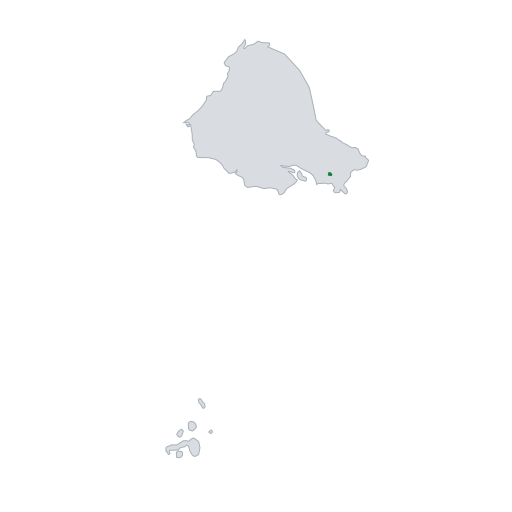 location of Balsas, El Oro, Ecuador, rotated 280°
{"feature_id": "8360857B29129198314993", "entity_name": "Balsas", "entity_type": "district", "adm_level": 2, "iso_a3": "ECU", "parent_name": "Ecuador", "parent_adm1": "El Oro", "projection": "robinson", "projection_center": [-79.838, -3.774], "detail": "fine", "context": "in_parent", "style": "filled", "palette": "green", "viewbox_px": 512, "rotation_deg": 280, "n_neighbors": 0, "source": "geoboundaries", "source_scale": "gbopen_adm2", "svg_char_len": 4464}
<svg xmlns="http://www.w3.org/2000/svg" viewBox="0 0 512 512"><g transform="rotate(280 256 256)"><path d="M467.2,207.4L465.8,208.4L462.3,208.8L459.5,207.8L458.4,207.8L458.3,208.9L461.9,211.5L463.6,216.2L466.2,219.1L467.8,220.5L467.9,221.5L467.4,223.4L467.2,224.9L468.1,232.1L467.5,232.6L465.6,232.6L464.0,231.3L459.8,249.1L446.4,266.7L431.1,279.3L413.5,286.5L400.6,291.5L398.6,293.5L392.2,302.3L391.9,303.2L392.8,304.7L392.9,305.7L391.9,306.3L391.1,306.4L390.8,305.9L390.5,304.9L389.6,303.8L388.6,303.5L388.0,303.7L388.0,304.7L386.7,309.5L386.6,311.8L386.1,312.7L386.1,314.8L384.8,316.8L383.8,320.0L382.7,321.0L381.4,326.0L379.4,330.9L379.3,332.6L379.9,333.8L380.1,334.8L379.2,337.8L374.7,340.8L373.5,342.3L373.0,343.9L373.3,345.3L373.2,346.5L371.8,346.9L370.3,349.7L369.1,350.4L366.3,349.4L364.2,349.4L362.6,348.5L359.3,343.8L358.2,341.0L357.8,337.1L354.6,334.7L350.5,335.3L349.3,334.4L346.2,332.8L343.6,331.0L341.7,330.0L340.2,330.5L337.7,333.6L335.4,334.9L334.3,334.9L332.9,334.0L332.7,332.9L336.2,327.5L333.6,327.4L332.7,326.2L332.5,324.9L332.1,323.4L332.6,321.7L334.0,320.7L336.0,321.5L337.5,321.5L338.4,319.9L340.3,318.6L340.7,317.8L339.7,315.1L339.4,313.7L339.7,312.9L339.6,310.0L339.0,309.0L338.9,307.4L338.4,306.5L338.2,304.5L336.9,303.4L341.2,301.6L342.7,300.1L344.6,298.8L346.2,296.7L347.3,294.7L349.9,285.6L352.3,279.8L351.9,277.0L349.9,273.2L349.4,267.7L349.6,266.0L349.4,264.8L348.0,267.1L348.4,275.2L347.2,278.9L345.6,279.7L344.5,279.1L345.1,273.2L343.9,274.2L342.0,278.3L338.9,281.3L338.7,282.3L337.9,283.5L335.5,282.4L333.7,281.1L327.6,274.4L323.6,273.0L321.2,270.7L320.7,269.7L320.4,268.3L322.9,266.9L325.4,265.0L325.6,260.9L325.6,257.6L323.7,252.0L324.6,244.8L324.1,241.9L322.0,235.8L323.5,232.8L329.2,230.6L331.0,229.1L332.2,224.3L333.5,221.4L336.0,222.5L338.0,222.4L335.3,221.3L333.2,217.0L332.8,215.0L337.0,209.1L339.2,207.6L341.8,204.4L344.1,199.7L344.6,192.2L343.7,186.9L343.0,181.3L344.4,179.8L347.8,179.1L350.6,177.2L352.0,175.6L355.3,175.8L359.1,173.2L365.2,171.9L373.7,168.9L375.6,166.3L374.8,161.6L377.9,164.5L379.4,166.7L383.8,169.1L388.9,173.6L392.3,175.9L396.0,177.9L401.4,180.1L404.7,179.7L406.1,183.1L407.3,184.1L410.4,185.2L410.8,185.6L411.9,191.8L412.6,192.7L415.3,193.7L418.6,194.1L419.9,193.8L422.8,195.6L427.3,197.0L428.9,197.2L429.6,196.9L429.9,196.3L431.2,196.4L433.1,197.2L435.9,197.4L437.7,196.6L438.0,193.2L438.7,192.4L440.7,191.1L441.7,191.4L447.0,194.1L448.1,195.1L449.4,197.0L451.8,199.8L454.5,201.6L458.6,202.4L462.6,205.4L467.2,207.4ZM53.7,203.5L55.3,205.4L56.2,210.8L61.4,216.5L62.1,219.6L61.6,221.1L61.9,221.7L64.4,223.9L66.0,226.3L63.3,231.8L57.5,234.1L51.3,234.0L50.0,233.4L48.3,231.3L48.0,229.5L49.0,227.7L52.2,224.9L57.1,222.5L57.7,220.6L55.7,218.8L54.4,215.2L51.3,212.7L49.7,204.9L48.7,204.5L46.6,205.6L45.5,204.7L45.3,204.2L47.6,202.4L48.1,201.2L51.4,200.6L52.9,201.6L53.7,203.5ZM78.0,226.8L76.7,226.9L72.7,224.1L72.9,221.3L74.5,219.4L79.7,218.4L81.9,220.2L81.7,223.5L79.9,226.0L78.5,226.4L78.0,226.8ZM341.9,291.3L341.4,292.4L338.9,292.3L338.2,292.0L338.8,286.6L339.5,284.9L341.5,283.2L343.2,282.4L345.4,282.5L347.6,284.0L344.9,286.8L342.9,287.6L341.9,291.3ZM49.8,217.7L47.2,218.2L45.0,217.2L44.1,215.7L43.9,213.3L44.1,212.6L48.9,211.7L50.5,213.7L50.5,216.6L49.8,217.7ZM101.7,230.9L98.7,232.1L97.0,231.0L96.8,230.3L98.5,228.5L100.1,227.5L101.6,225.4L104.3,224.2L105.1,224.4L105.6,224.9L105.8,225.6L104.9,227.3L103.3,228.4L101.7,230.9ZM71.8,214.0L70.6,214.9L65.7,213.9L64.2,212.2L65.4,209.9L66.5,208.9L69.4,209.8L72.4,212.4L71.8,214.0ZM75.8,243.5L74.7,243.5L73.3,242.3L74.4,240.0L76.4,241.2L76.9,242.1L75.8,243.5ZM373.5,167.6L372.0,167.8L371.4,166.4L373.1,164.7L373.7,164.4L373.5,167.6Z" fill="#d9dde1" stroke="#a8b0b8" stroke-width="1"/><path d="M349.1,316.2L349.2,315.9L349.3,315.9L349.5,315.8L349.5,315.7L349.6,315.8L349.7,315.7L349.7,315.8L349.8,315.8L350.0,315.8L350.1,315.7L350.1,315.4L350.1,315.2L350.2,314.9L350.3,314.8L350.4,314.7L350.4,314.8L350.5,314.8L350.5,314.7L350.7,314.4L350.6,314.2L350.5,313.9L350.5,313.7L350.4,313.5L350.4,313.4L350.2,313.4L350.1,313.5L350.0,313.4L349.9,313.4L349.8,313.5L349.7,313.5L349.6,313.4L349.4,313.4L349.2,313.3L348.9,313.3L348.7,313.4L348.6,313.5L348.5,313.8L348.4,313.8L348.4,314.0L348.5,314.2L348.8,314.2L349.0,314.1L349.1,314.3L349.1,314.5L348.9,314.6L348.9,314.8L348.8,315.0L348.7,315.0L348.7,315.3L348.6,315.5L348.5,315.8L348.6,316.0L348.5,315.9L348.5,316.0L348.8,316.1L349.0,316.2L349.1,316.2Z" fill="#22c55e" stroke="#15803d" stroke-width="1.5"/></g></svg>